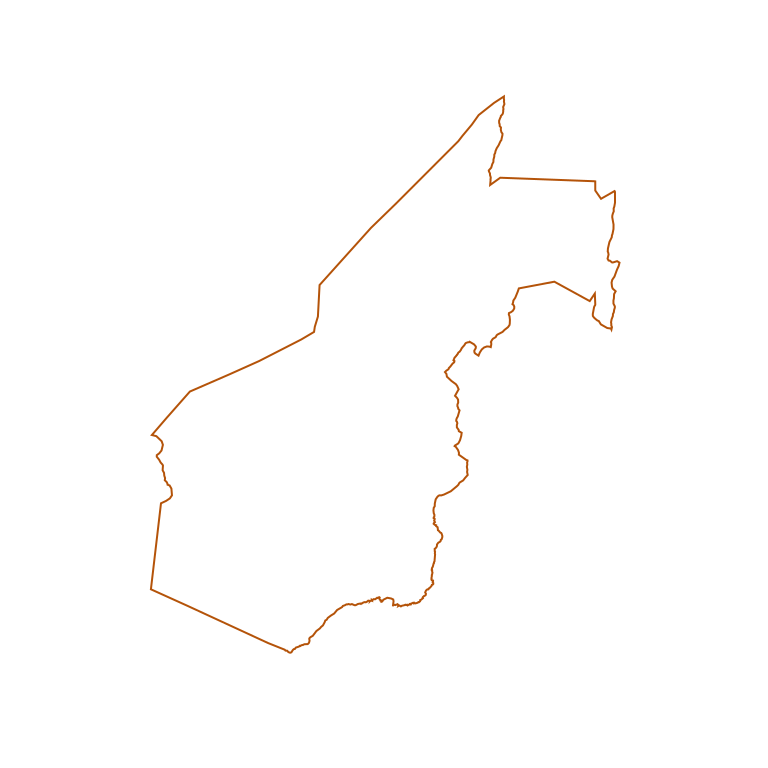 outline of Dormaa Municipal, Brong Ahafo, Ghana, rotated 36°
{"feature_id": "2480657B85939384202988", "entity_name": "Dormaa Municipal", "entity_type": "district", "adm_level": 2, "iso_a3": "GHA", "parent_name": "Ghana", "parent_adm1": "Brong Ahafo", "projection": "equal_earth", "projection_center": [-2.774, 7.238], "detail": "fine", "context": "isolated", "style": "outline", "palette": "amber", "viewbox_px": 768, "rotation_deg": 36, "n_neighbors": 0, "source": "geoboundaries", "source_scale": "gbopen_adm2", "svg_char_len": 6146}
<svg xmlns="http://www.w3.org/2000/svg" viewBox="0 0 768 768"><g transform="rotate(36 384 384)"><path d="M536.0,206.3L535.0,204.0L533.3,202.9L532.7,201.9L531.4,200.6L530.1,197.9L529.2,194.5L528.1,192.8L527.8,191.0L526.6,188.7L525.9,186.6L525.1,185.5L522.4,184.1L520.6,181.7L519.6,179.5L517.3,176.0L516.9,172.8L512.9,172.4L511.2,171.2L508.5,168.2L507.4,165.5L507.3,161.6L505.3,154.6L504.5,150.6L503.2,147.4L500.4,147.6L497.7,151.2L497.1,151.6L494.2,151.5L493.1,152.1L491.2,151.2L489.6,147.3L487.9,145.7L487.2,145.4L485.5,142.7L482.9,136.6L482.0,131.4L481.0,129.7L480.7,128.4L478.6,123.8L476.0,120.1L470.6,114.9L469.7,113.5L468.9,111.4L468.4,109.3L466.6,107.0L466.0,105.0L464.3,101.5L458.0,92.9L457.5,92.5L457.1,92.4L450.7,106.6L441.2,103.3L435.8,95.9L435.2,96.2L356.8,148.8L352.9,160.6L350.2,156.1L349.7,155.7L349.5,155.0L348.9,154.1L346.9,152.6L346.0,151.4L343.9,150.3L343.2,149.6L343.6,146.0L342.3,142.3L342.0,140.1L340.6,138.0L339.6,135.3L338.4,133.5L338.2,131.9L337.3,130.0L336.6,127.0L336.4,123.5L335.5,119.1L335.6,117.9L333.5,113.0L332.7,111.8L331.0,111.3L329.1,109.7L327.8,107.7L326.1,107.4L324.7,105.7L323.8,105.2L322.4,103.4L321.6,100.4L321.5,99.3L321.0,98.5L321.3,96.2L321.0,94.9L320.0,93.0L319.4,92.4L319.1,91.4L317.6,89.9L316.9,86.8L315.0,85.0L314.2,83.6L313.4,82.9L312.0,80.9L307.8,91.9L302.5,110.8L302.6,122.5L301.6,137.1L301.4,143.9L287.7,230.6L281.7,265.3L273.7,341.8L290.9,368.3L294.4,378.4L296.8,383.0L290.9,396.6L269.5,438.8L253.3,467.0L231.4,504.2L228.1,538.8L226.2,561.7L230.5,560.0L237.8,561.0L240.9,563.2L243.1,568.6L242.9,572.3L242.0,575.1L242.9,576.4L246.5,577.4L249.4,578.8L252.2,579.4L253.1,579.9L255.6,583.9L258.3,585.2L260.1,587.3L262.2,588.8L263.2,590.7L265.9,591.1L267.5,592.0L268.1,592.7L270.2,592.1L273.5,593.6L277.9,598.7L278.0,602.4L276.4,606.7L273.7,611.6L316.1,687.1L356.3,678.8L442.5,661.7L459.9,657.3L461.0,657.6L462.4,656.7L464.3,657.1L466.0,656.6L466.8,655.5L466.6,653.0L466.8,651.6L467.6,650.8L467.6,649.1L469.5,646.5L469.8,645.3L470.3,645.2L470.7,644.0L471.4,643.1L471.8,642.9L472.0,642.3L472.6,641.3L475.1,639.3L475.3,638.7L475.4,637.4L474.7,635.5L473.3,634.1L473.1,633.3L473.3,632.1L474.4,629.6L474.5,623.6L475.8,619.4L475.9,617.5L476.5,615.2L476.0,611.5L475.5,609.9L476.2,608.4L476.0,606.3L477.2,602.4L478.6,599.0L478.9,594.4L481.2,589.2L481.2,587.7L482.4,586.0L483.1,584.4L484.0,583.8L484.6,582.9L486.4,582.2L487.4,580.9L490.1,580.3L491.1,579.6L492.2,577.3L493.9,575.5L494.6,575.5L494.7,574.8L495.2,574.4L495.7,572.9L496.7,571.7L497.6,571.3L498.2,570.1L498.6,568.5L499.2,568.3L500.1,567.6L500.3,568.0L500.4,567.3L501.0,567.0L501.1,566.4L501.7,566.3L501.2,565.8L501.7,565.8L502.0,564.3L503.4,563.3L504.1,561.0L504.6,560.9L505.4,559.3L506.0,559.3L506.2,560.1L507.2,560.9L508.1,560.8L508.6,561.3L509.1,560.9L509.9,561.7L510.4,561.0L510.3,558.9L512.3,555.0L515.9,553.3L518.1,552.9L519.4,554.1L521.2,557.4L521.4,557.2L521.7,557.5L522.2,556.5L523.2,556.1L523.6,555.2L524.2,554.9L524.4,554.2L525.9,554.4L526.1,555.1L526.5,554.2L528.4,554.0L528.8,552.9L530.5,551.0L531.0,550.0L531.8,549.9L532.4,549.0L533.2,549.3L534.0,547.7L534.1,546.8L534.3,546.6L534.7,547.1L535.3,546.6L535.1,545.7L536.1,543.9L536.7,544.0L536.9,543.5L537.3,543.8L537.8,543.1L538.4,543.0L539.8,541.2L540.0,540.2L540.5,540.0L540.9,538.5L540.3,537.4L540.8,536.8L541.4,534.4L540.8,534.1L540.7,533.6L541.0,532.0L541.2,531.9L541.8,530.4L541.3,529.1L539.8,528.4L539.4,526.5L539.6,525.1L540.4,523.8L540.6,523.8L540.5,522.7L540.9,521.8L541.1,519.4L540.8,518.3L541.3,517.7L541.4,516.8L540.8,516.0L540.0,515.9L539.5,514.5L539.2,514.2L538.0,514.7L537.3,514.3L536.8,513.3L536.5,513.2L535.5,511.0L535.0,510.6L534.8,509.7L534.1,508.1L533.3,507.6L532.8,506.8L532.1,506.6L531.9,505.9L531.5,505.8L530.9,504.2L530.9,503.2L529.7,500.2L529.7,499.4L529.2,498.9L529.1,497.8L525.4,491.7L524.8,491.3L523.9,489.7L523.5,489.6L521.9,487.6L522.3,486.3L522.3,484.8L522.0,483.9L521.2,482.7L521.2,480.7L521.3,480.2L521.9,479.1L522.1,477.8L521.6,476.7L521.9,475.8L521.3,473.9L520.6,472.7L518.7,471.3L517.9,470.9L516.8,471.1L514.3,470.5L513.6,470.6L511.6,468.4L509.6,468.3L509.2,467.6L507.8,468.1L506.3,467.9L506.1,467.3L506.4,465.8L504.9,465.1L504.7,464.0L504.1,463.2L503.1,463.4L502.6,462.7L502.6,461.6L501.7,460.2L500.2,459.3L498.3,457.2L497.0,454.9L496.9,453.1L495.4,450.9L493.6,446.9L493.5,444.0L493.8,442.3L494.6,441.2L495.7,440.6L497.5,438.2L501.1,431.5L503.1,423.6L503.4,421.7L503.1,420.2L503.2,419.1L504.7,415.5L504.8,412.2L505.2,408.4L502.9,406.3L501.9,404.4L499.7,402.3L498.8,400.3L497.4,398.7L496.9,397.2L496.4,396.7L495.4,397.1L486.1,397.2L485.1,395.6L482.7,393.9L478.6,392.5L477.7,392.8L477.5,392.3L478.9,388.8L479.0,387.8L478.5,384.7L477.0,380.6L475.5,377.8L472.3,378.2L471.3,377.2L468.5,376.3L467.0,374.3L466.4,372.6L465.2,371.7L464.1,371.4L463.3,370.0L462.9,368.4L462.8,367.0L460.6,360.9L458.6,360.4L457.9,359.6L456.4,358.8L455.4,357.3L455.0,355.5L453.1,353.1L451.2,352.3L448.4,351.8L447.5,344.4L444.4,342.6L442.3,341.9L437.0,341.9L430.6,341.1L428.5,339.1L426.3,338.5L426.6,336.5L427.4,334.4L427.4,333.6L427.1,333.0L427.4,331.0L427.5,327.2L428.0,325.2L427.5,324.0L426.3,324.0L426.2,323.3L426.0,323.1L425.9,322.2L425.6,321.3L425.9,319.1L425.8,318.7L426.0,317.7L425.8,317.3L426.0,316.2L425.7,315.3L425.8,314.4L426.2,313.5L426.2,311.2L425.8,309.3L426.0,308.5L425.9,308.0L426.2,305.5L426.0,303.3L426.2,302.6L427.3,301.0L428.3,300.2L428.4,299.5L433.5,299.0L435.9,299.6L436.5,299.9L437.2,301.3L437.4,303.6L437.6,304.2L438.8,305.4L440.1,305.7L443.8,305.5L443.0,302.2L442.8,298.6L443.5,295.6L445.2,293.1L447.3,291.8L448.7,291.4L447.5,288.9L446.5,287.6L445.8,287.3L445.5,285.0L445.5,283.9L445.6,283.2L446.8,280.5L446.5,278.5L446.7,277.4L449.3,272.2L449.7,269.4L450.9,265.2L450.9,262.6L450.3,261.3L448.1,258.0L445.7,255.4L444.2,254.5L443.4,253.2L444.5,251.3L445.2,249.0L445.0,246.5L444.0,244.9L443.5,244.6L442.6,244.0L441.0,243.9L440.7,242.6L439.6,240.4L439.5,237.1L437.9,230.6L436.9,227.4L461.7,201.1L501.7,196.0L501.4,186.9L508.2,195.5L508.5,196.2L508.5,197.2L508.8,198.4L511.8,204.7L513.0,206.2L514.7,206.8L517.1,207.1L519.4,207.2L520.7,206.8L524.4,208.3L531.7,207.5L533.8,206.4L534.7,205.6L536.0,206.3Z" fill="none" stroke="#b45309" stroke-width="2"/></g></svg>